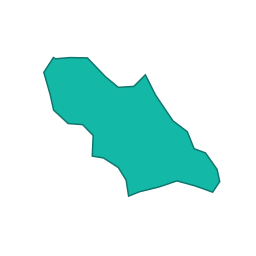 Kumla, Orebro, Sweden (orthographic projection), rotated 58°
{"feature_id": "70781695B57717414810507", "entity_name": "Kumla", "entity_type": "district", "adm_level": 2, "iso_a3": "SWE", "parent_name": "Sweden", "parent_adm1": "Orebro", "projection": "orthographic", "projection_center": [15.16, 59.145], "detail": "fine", "context": "isolated", "style": "filled", "palette": "teal", "viewbox_px": 256, "rotation_deg": 58, "n_neighbors": 0, "source": "geoboundaries", "source_scale": "gbopen_adm2", "svg_char_len": 543}
<svg xmlns="http://www.w3.org/2000/svg" viewBox="0 0 256 256"><g transform="rotate(58 128 128)"><path d="M28.7,153.9L36.2,169.9L58.5,176.3L73.4,181.6L92.5,176.4L101.1,164.7L115.9,161.5L132.9,173.2L140.4,164.7L156.3,157.2L171.2,157.2L186.1,163.6L188.2,151.9L194.5,132.7L198.7,114.7L212.5,101.9L227.3,90.2L227.0,89.5L222.0,78.6L210.3,74.4L190.2,75.5L180.6,82.9L162.6,79.7L145.7,86.1L114.9,87.2L92.1,85.1L95.8,101.0L88.4,114.7L72.4,120.0L47.0,125.3L37.4,140.1L30.9,152.8L28.7,153.9Z" fill="#14b8a6" stroke="#0f766e" stroke-width="1.5"/></g></svg>